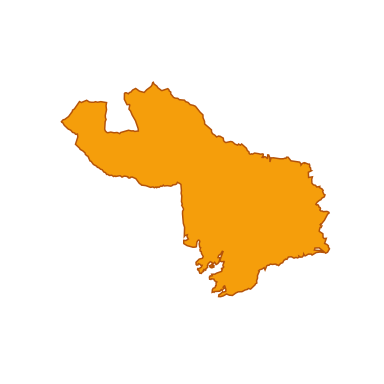 Sangeorz-Bai, Bistrita-Nasaud, Romania (Robinson projection), rotated 297°
{"feature_id": "2599482B94915018656895", "entity_name": "Sangeorz-Bai", "entity_type": "district", "adm_level": 2, "iso_a3": "ROU", "parent_name": "Romania", "parent_adm1": "Bistrita-Nasaud", "projection": "robinson", "projection_center": [24.648, 47.428], "detail": "fine", "context": "isolated", "style": "filled", "palette": "amber", "viewbox_px": 384, "rotation_deg": 297, "n_neighbors": 0, "source": "geoboundaries", "source_scale": "gbopen_adm2", "svg_char_len": 6090}
<svg xmlns="http://www.w3.org/2000/svg" viewBox="0 0 384 384"><g transform="rotate(297 192 192)"><path d="M247.7,312.1L249.8,311.8L249.6,311.0L251.0,309.0L251.8,308.2L253.1,308.1L253.3,306.9L253.8,306.5L253.8,303.6L255.0,303.3L253.1,300.9L254.0,299.0L253.5,296.9L254.3,294.8L257.7,292.9L260.2,292.4L257.9,289.3L262.4,286.7L265.3,288.9L265.3,288.0L267.4,286.6L267.8,285.3L269.2,284.8L270.1,283.9L269.6,283.0L269.3,279.4L268.7,279.4L268.9,278.5L267.5,277.3L265.5,276.9L266.5,276.2L267.5,274.3L264.7,266.0L266.6,261.8L265.9,260.4L264.6,260.4L264.3,259.4L263.1,258.3L261.7,255.7L259.5,249.2L258.3,247.0L254.1,247.8L257.9,245.8L259.8,243.5L259.4,242.6L256.6,244.0L256.2,243.8L256.6,243.3L256.3,243.0L256.7,241.7L256.0,239.9L255.2,240.0L254.7,238.8L257.3,238.8L258.0,238.3L258.1,237.8L256.6,235.5L256.5,234.3L255.1,230.1L253.1,228.6L253.1,227.8L252.1,226.9L252.2,225.5L253.5,224.7L254.1,222.4L255.7,220.6L257.3,214.4L255.7,213.8L255.9,211.7L254.5,211.4L254.2,208.6L255.0,205.3L254.6,203.6L251.4,199.7L251.5,198.1L252.1,196.8L254.2,195.4L254.4,191.5L253.9,191.1L254.0,190.4L252.2,188.9L253.0,186.6L253.3,183.7L254.5,182.1L256.2,181.1L258.4,172.4L260.6,171.1L263.2,168.1L265.7,166.7L266.8,163.0L269.9,156.2L269.8,153.9L269.0,150.7L270.0,147.8L269.6,145.3L270.4,143.6L268.5,138.8L269.0,136.8L268.0,134.4L267.9,132.6L269.8,128.5L271.4,127.7L271.7,125.9L272.7,124.9L273.1,123.5L268.7,119.2L268.6,118.6L269.4,114.3L270.4,112.6L271.0,109.1L272.2,107.7L271.6,107.3L269.1,107.8L267.2,107.5L262.5,105.2L259.0,104.2L258.0,99.5L258.7,94.8L255.9,92.8L253.3,92.2L252.2,91.1L250.6,90.7L250.6,88.6L250.0,87.4L249.1,87.1L243.9,89.6L240.3,94.4L241.5,96.6L241.2,97.1L237.2,98.2L236.2,100.5L233.4,103.8L229.9,109.2L224.1,115.2L222.0,116.5L220.0,113.5L219.9,112.0L218.9,110.2L218.2,107.4L212.6,101.4L211.2,101.1L211.0,98.2L209.4,95.7L208.5,92.4L206.6,90.1L206.4,89.0L207.1,87.0L208.3,85.7L215.2,82.7L217.7,82.5L218.8,81.2L220.8,80.0L226.5,78.5L229.7,76.3L232.9,75.3L231.1,69.7L229.1,67.1L228.6,64.9L227.5,64.0L226.4,61.9L225.6,59.7L225.9,56.5L221.5,52.8L221.5,50.7L212.6,49.5L210.7,48.4L209.6,48.8L203.2,47.8L198.8,45.6L197.9,44.4L195.4,43.7L195.0,44.3L195.1,45.3L193.4,48.0L191.9,53.1L192.0,55.9L190.9,58.5L191.3,60.7L190.7,61.7L190.7,62.4L191.6,63.6L189.2,65.3L181.6,66.5L180.0,71.9L179.2,73.0L179.1,75.9L178.3,79.0L177.2,79.8L176.6,81.6L176.6,83.1L173.4,87.0L173.5,88.2L171.8,91.7L171.7,95.4L171.0,96.5L171.4,97.5L170.8,100.3L171.1,101.9L169.8,104.3L170.0,106.1L168.9,108.0L169.5,109.0L169.2,110.8L170.5,112.9L170.2,115.1L171.3,116.1L171.2,117.0L173.7,120.2L173.9,120.8L173.5,122.9L175.3,124.3L175.8,125.4L176.5,127.9L175.9,128.4L175.8,129.5L176.4,130.4L177.5,130.8L178.2,132.1L178.4,135.9L175.7,141.3L175.6,143.2L175.2,143.8L176.7,148.0L177.3,152.9L178.8,154.9L178.7,156.5L180.1,157.6L179.8,158.6L181.0,159.3L181.2,160.5L183.1,161.4L183.4,162.7L185.1,163.3L184.7,164.4L186.5,167.2L187.6,170.5L189.1,171.7L189.7,171.7L191.1,173.8L192.2,174.6L194.0,174.6L194.0,177.5L193.7,178.7L188.4,182.0L185.9,182.9L183.8,184.7L178.6,187.0L176.7,188.9L175.6,188.8L173.2,192.0L172.1,192.5L170.7,192.3L168.3,193.4L160.0,198.6L157.2,201.4L148.9,205.3L150.0,205.5L151.8,207.3L150.0,207.8L148.5,210.1L146.0,208.6L145.2,206.6L142.6,207.9L142.3,208.2L142.0,212.0L143.2,217.9L144.3,219.8L145.2,220.7L149.6,219.1L151.6,219.3L152.2,219.7L152.2,220.6L151.5,221.4L149.1,221.9L146.4,223.9L146.3,225.0L144.4,225.2L143.1,226.1L143.1,227.3L141.6,228.3L139.6,231.3L137.7,231.4L135.5,228.9L131.2,227.5L129.3,228.6L129.0,229.2L129.7,230.4L131.1,230.2L131.2,232.2L130.7,233.3L131.2,234.3L129.3,234.4L126.9,233.1L126.5,231.9L125.7,232.0L125.2,232.5L125.2,233.7L123.2,235.8L123.7,237.3L125.3,237.5L126.4,238.3L126.9,237.7L128.5,237.9L128.1,239.2L128.9,239.7L129.9,239.2L132.0,240.1L133.4,239.1L135.6,239.0L138.2,239.9L138.3,241.7L137.9,242.4L137.2,242.6L135.0,241.9L134.3,241.0L133.3,242.1L133.2,242.8L133.9,243.0L133.4,244.1L135.6,246.0L134.7,244.1L135.4,244.0L136.1,245.0L136.5,244.9L136.2,243.3L136.6,243.0L139.7,244.1L138.3,246.4L139.7,247.4L141.3,247.8L144.4,247.5L146.0,246.4L145.4,244.9L147.3,244.6L148.8,245.0L149.0,245.7L152.9,245.9L153.0,246.7L143.0,248.0L142.7,248.3L143.4,248.8L143.3,250.0L144.5,251.8L144.0,252.0L144.2,252.4L140.9,252.7L139.9,253.5L139.6,254.3L138.4,254.0L137.3,253.0L136.8,253.3L136.9,254.0L134.7,254.4L130.8,250.7L129.2,249.7L127.7,246.9L126.6,248.1L125.6,246.8L125.6,246.3L124.1,246.1L122.3,247.3L122.7,248.6L123.5,248.8L124.3,251.2L123.2,252.3L123.1,255.0L122.2,254.6L119.6,256.0L119.3,255.6L117.2,255.9L115.9,254.6L114.3,254.5L111.7,255.5L112.9,256.7L112.7,257.2L113.7,257.5L116.2,261.8L118.4,262.4L118.0,263.5L120.9,264.1L121.2,263.0L122.3,263.1L123.2,263.7L122.9,264.2L121.3,265.2L121.6,265.4L120.5,266.5L118.8,267.2L117.2,265.6L117.0,264.7L114.1,263.6L112.7,262.6L110.9,263.2L111.7,265.0L113.7,267.1L116.8,269.1L117.0,272.1L118.2,275.0L121.9,276.9L124.1,278.6L125.9,281.8L128.8,283.8L130.4,285.6L131.6,286.0L132.1,288.3L137.8,290.3L139.1,290.3L140.3,291.1L142.3,289.8L145.0,289.5L147.2,288.3L151.7,288.0L152.0,287.2L153.3,287.6L155.3,289.5L157.3,290.6L155.7,292.5L160.1,292.1L161.2,292.8L161.6,293.8L163.3,294.5L164.0,296.6L165.5,298.8L165.8,299.8L165.4,300.3L165.8,300.7L165.8,302.6L168.7,303.5L170.2,304.9L172.9,304.9L173.7,305.6L174.6,305.7L175.1,307.2L177.8,307.4L179.4,309.9L179.4,312.9L180.9,314.3L181.2,316.0L182.5,317.0L183.4,316.3L183.2,318.3L184.2,319.8L185.6,320.0L185.9,320.4L187.4,319.7L186.4,321.4L186.6,322.0L189.5,323.9L190.8,326.5L190.3,327.6L194.5,330.2L196.6,333.3L197.7,336.1L198.4,333.8L195.8,327.4L197.9,327.0L200.0,330.7L198.2,338.9L199.9,340.1L203.8,340.3L204.8,338.5L206.0,337.9L206.5,335.9L206.4,333.5L211.7,332.7L210.5,330.9L211.0,329.4L214.2,327.6L214.7,323.3L215.7,322.8L218.5,322.2L218.9,323.1L220.6,323.1L220.3,322.5L221.0,321.1L221.6,321.6L222.0,321.3L222.2,321.8L227.0,322.8L233.8,322.9L235.6,323.7L236.1,323.0L236.0,321.1L234.1,317.8L234.2,316.7L233.6,315.5L234.0,314.1L235.4,314.1L236.3,313.2L236.3,312.0L237.5,310.8L237.8,309.9L237.0,308.8L237.3,307.9L239.6,308.1L242.6,309.4L243.5,310.3L245.6,310.6L247.7,312.1Z" fill="#f59e0b" stroke="#b45309" stroke-width="1.5"/></g></svg>